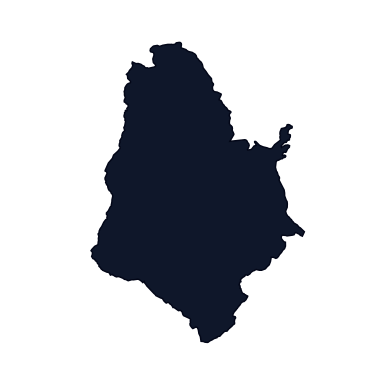 outline of Liberia, Guanacaste, Costa Rica, rotated 169°
{"feature_id": "36466004B57161008538161", "entity_name": "Liberia", "entity_type": "district", "adm_level": 2, "iso_a3": "CRI", "parent_name": "Costa Rica", "parent_adm1": "Guanacaste", "projection": "albers", "projection_center": [-85.52, 10.692], "detail": "fine", "context": "isolated", "style": "filled", "palette": "ink", "viewbox_px": 384, "rotation_deg": 169, "n_neighbors": 0, "source": "geoboundaries", "source_scale": "gbopen_adm2", "svg_char_len": 6006}
<svg xmlns="http://www.w3.org/2000/svg" viewBox="0 0 384 384"><g transform="rotate(169 192 192)"><path d="M217.2,57.8L213.9,58.7L212.6,57.9L212.1,55.7L212.2,51.6L211.4,48.5L211.6,43.7L209.4,43.1L207.9,42.1L205.5,41.4L204.7,41.5L203.0,42.4L199.9,43.2L198.8,43.8L195.2,44.3L194.8,45.1L192.1,45.2L189.9,46.9L186.6,49.0L184.1,48.8L182.3,50.4L178.2,52.8L177.5,53.5L175.5,54.4L175.2,55.1L175.1,57.1L174.3,59.0L173.2,60.1L173.4,61.3L174.3,61.8L175.3,61.9L175.5,62.4L175.2,64.0L173.7,66.0L171.0,68.1L170.6,68.7L169.9,69.0L168.5,70.5L168.0,70.6L167.5,71.4L166.5,71.9L165.1,73.6L163.2,74.6L161.8,74.6L159.8,75.8L157.3,78.7L157.3,79.4L158.1,79.5L158.9,80.7L159.8,81.2L160.2,82.0L161.1,82.5L162.0,83.5L162.5,86.4L162.5,87.7L163.2,88.2L162.9,89.2L162.9,91.1L163.5,91.8L162.3,94.2L161.1,94.6L161.2,96.5L160.9,96.9L158.7,98.4L156.3,99.3L155.5,100.3L154.6,100.4L153.6,99.7L152.9,99.7L150.6,100.7L149.7,101.7L147.5,102.8L145.9,103.0L144.3,103.6L143.8,103.7L140.7,102.3L138.6,101.9L134.6,102.6L132.8,104.1L130.1,105.8L128.3,108.7L126.7,112.9L124.4,112.3L122.4,110.9L121.1,111.1L119.5,112.2L118.1,113.8L115.7,115.6L114.0,117.5L112.0,118.7L110.6,121.0L109.9,124.9L111.3,125.6L113.0,128.8L113.1,130.9L111.8,132.5L108.3,131.5L107.1,130.8L101.8,130.5L100.0,130.6L98.9,131.9L97.9,132.5L94.6,130.0L94.0,128.9L92.1,127.6L89.3,131.5L92.5,136.1L93.7,137.1L95.0,139.6L98.0,142.2L98.2,143.0L99.4,144.8L99.7,146.0L100.5,146.7L101.5,148.8L102.7,150.1L103.6,152.6L103.8,155.3L101.5,158.8L100.7,162.1L100.5,164.4L101.1,166.1L101.8,170.5L101.3,173.4L101.2,176.4L104.1,186.4L104.2,187.6L103.7,188.2L103.4,189.8L104.3,191.9L104.6,195.2L105.2,196.2L105.4,200.3L103.8,205.3L103.0,206.5L100.6,206.8L98.4,207.6L97.2,207.4L95.8,208.2L94.0,208.3L93.2,209.1L93.2,209.8L93.9,210.4L94.5,210.6L95.0,210.3L95.7,210.3L96.3,210.8L95.1,213.1L94.1,213.6L92.5,213.1L91.9,213.4L90.0,216.0L87.9,217.4L87.4,218.9L88.9,219.9L91.6,220.1L95.6,218.6L95.7,220.2L91.9,223.0L90.0,222.8L88.3,224.6L87.2,224.4L86.5,224.6L86.0,226.3L85.2,227.0L84.7,228.4L84.7,229.4L86.7,230.5L86.7,231.3L86.0,233.3L85.3,234.5L84.5,235.0L83.2,235.6L81.7,235.7L81.4,236.1L81.2,237.3L82.5,238.3L83.2,239.2L84.5,239.8L85.7,239.9L86.6,238.3L87.5,237.7L88.6,237.3L92.1,237.2L94.0,234.3L94.4,233.1L94.6,231.8L94.5,230.2L95.0,229.8L95.3,228.6L95.2,226.7L95.5,225.9L101.8,222.7L105.1,219.7L106.0,219.5L108.1,219.9L109.8,221.0L113.7,222.8L116.8,224.9L119.7,229.3L120.5,229.7L120.9,229.5L121.0,228.7L120.4,227.5L120.0,225.5L122.3,225.3L125.5,222.5L129.2,222.4L129.5,222.9L127.7,225.4L127.0,226.9L127.1,228.4L128.0,230.1L128.3,231.6L129.0,232.6L130.1,233.2L145.2,234.5L140.0,240.4L139.9,241.4L140.8,244.9L140.2,246.8L140.2,248.3L141.0,249.7L141.8,250.5L142.3,252.2L141.5,255.1L140.5,256.8L140.4,258.0L140.8,259.1L140.8,260.2L140.1,261.8L139.1,262.3L138.6,262.9L138.6,263.4L139.4,264.3L140.8,265.0L141.1,265.5L142.0,267.9L143.7,269.9L144.0,271.1L145.0,272.4L145.9,275.8L146.6,276.6L147.7,277.1L147.7,277.8L144.8,281.9L144.8,282.7L148.3,285.3L151.0,286.2L152.1,288.1L152.1,290.2L151.8,291.5L150.5,293.2L150.4,294.2L151.3,295.7L151.5,297.2L151.3,299.7L153.8,303.9L155.3,307.6L157.4,311.7L157.5,315.2L158.2,317.6L160.0,319.9L160.6,321.3L161.7,322.8L161.9,325.1L162.7,326.7L165.2,329.0L168.5,330.5L170.0,331.8L170.7,332.9L175.1,335.5L175.1,336.3L174.3,338.5L174.2,339.9L174.9,340.9L176.0,341.3L179.0,341.4L180.1,340.4L182.5,340.3L183.8,340.8L187.8,341.5L192.6,341.6L196.0,341.1L198.1,342.5L201.7,342.6L202.6,342.3L205.4,340.5L206.1,338.8L205.9,337.6L203.4,336.3L203.0,335.3L203.2,333.5L205.0,330.2L205.1,329.4L205.2,326.6L205.0,326.0L204.1,324.9L203.5,323.3L203.6,322.7L204.2,322.2L205.1,321.9L211.1,321.7L212.1,322.4L213.6,322.6L214.4,323.2L215.0,324.6L216.3,325.5L217.8,327.1L220.3,328.4L222.5,328.7L225.7,331.0L226.3,329.9L226.3,329.6L225.8,329.5L226.2,329.3L226.2,328.8L225.9,328.6L225.9,327.9L227.0,325.6L230.1,323.3L231.4,321.6L233.9,320.0L233.1,318.8L233.4,315.6L231.6,313.1L231.3,312.5L231.3,311.5L231.9,310.9L234.0,310.6L235.2,310.0L236.3,309.0L237.9,307.2L238.4,305.1L239.4,303.6L239.4,302.0L239.8,300.0L239.4,297.3L241.0,295.0L241.3,293.4L240.1,292.3L239.6,291.0L238.3,290.4L238.2,288.6L238.4,287.8L240.0,286.5L239.9,285.5L240.3,284.3L240.9,284.3L241.3,284.8L241.8,284.7L242.0,283.6L243.0,282.8L243.2,281.7L244.1,280.0L244.3,278.7L243.7,277.2L243.7,276.3L244.2,275.4L243.8,274.8L243.8,273.9L245.4,269.8L246.6,268.2L246.3,265.1L248.4,263.7L249.1,262.8L250.0,261.0L250.3,259.2L253.0,256.2L253.2,254.5L254.0,253.3L254.6,251.5L254.5,250.5L254.1,250.0L254.1,248.9L254.5,248.4L257.0,246.2L261.9,243.2L263.7,240.2L268.5,236.4L273.2,229.6L273.2,229.0L272.5,228.7L271.9,227.7L271.8,226.5L274.7,222.4L274.9,220.6L274.3,219.3L275.0,217.6L274.4,216.5L274.5,215.5L273.6,214.5L273.7,212.3L273.4,210.3L272.8,209.0L271.8,208.2L271.4,206.0L270.7,205.2L270.5,203.2L272.0,199.7L272.5,197.6L273.7,194.7L273.7,193.9L275.1,192.9L277.6,189.6L280.0,187.7L280.2,186.1L279.6,185.5L279.5,185.0L280.4,183.3L280.3,181.9L282.1,181.2L284.4,179.1L287.2,175.3L289.2,173.4L290.6,171.3L290.9,169.9L292.2,168.7L291.9,166.3L292.7,164.5L293.0,162.2L293.5,161.1L294.3,158.4L294.7,158.1L297.9,157.2L301.3,154.7L302.3,153.6L301.5,152.5L301.3,151.7L301.6,150.0L302.8,147.9L302.0,145.6L300.4,144.5L299.9,143.0L298.7,141.8L298.3,139.7L297.2,138.7L297.5,136.8L296.4,135.3L295.7,133.5L294.9,132.9L294.7,132.3L290.9,129.6L289.7,129.2L289.0,128.7L288.3,127.7L288.2,126.5L287.9,126.0L285.9,126.3L285.6,125.6L284.8,125.1L283.6,123.9L282.3,123.1L280.6,123.1L279.4,122.6L276.2,120.5L275.0,119.2L273.6,118.7L271.6,117.1L267.9,117.4L266.2,117.0L262.1,116.8L260.6,116.2L258.3,113.7L257.7,112.5L257.4,112.5L256.8,113.2L255.9,113.4L255.8,111.8L254.6,109.5L254.5,108.8L248.7,99.7L247.7,98.4L247.2,97.2L243.0,94.0L241.3,93.1L240.4,90.5L238.9,88.3L238.4,87.9L236.7,88.3L235.9,87.9L235.0,86.3L234.0,85.5L233.2,83.9L232.7,82.2L231.6,82.0L227.9,78.1L226.0,78.1L225.6,77.7L224.5,76.0L224.4,74.0L223.9,72.3L218.1,68.1L217.8,67.0L218.3,65.8L218.4,64.2L219.2,62.9L219.2,61.4L218.0,58.8L217.2,57.8Z" fill="#0f172a" stroke="#020617" stroke-width="1.5"/></g></svg>